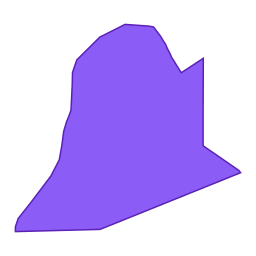 the district of Presidente Médici, Maranhão, Brazil
{"feature_id": "56859067B54906018261321", "entity_name": "Presidente Médici", "entity_type": "district", "adm_level": 2, "iso_a3": "BRA", "parent_name": "Brazil", "parent_adm1": "Maranhão", "projection": "mercator", "projection_center": [-45.779, -2.308], "detail": "fine", "context": "isolated", "style": "filled", "palette": "violet", "viewbox_px": 256, "rotation_deg": 0, "n_neighbors": 0, "source": "geoboundaries", "source_scale": "gbopen_adm2", "svg_char_len": 585}
<svg xmlns="http://www.w3.org/2000/svg" viewBox="0 0 256 256"><path d="M149.0,26.1L125.0,24.4L99.8,37.1L76.8,59.9L73.4,69.8L72.5,72.7L72.2,85.3L71.0,110.2L69.3,114.9L67.7,119.0L66.6,121.6L65.1,126.6L63.7,131.3L61.8,145.7L59.3,159.7L50.9,176.0L37.5,193.7L30.3,203.2L18.2,218.5L15.4,226.8L15.4,231.6L100.0,229.4L240.6,172.7L238.8,170.4L205.6,147.5L203.1,145.7L203.1,113.1L203.1,107.6L203.2,87.1L203.3,58.3L181.3,72.7L176.7,65.5L174.0,61.0L171.7,57.5L170.4,54.4L167.7,49.2L165.5,44.2L163.3,40.8L160.6,36.3L153.6,27.0L149.0,26.1Z" fill="#8b5cf6" stroke="#5b21b6" stroke-width="1.5"/></svg>